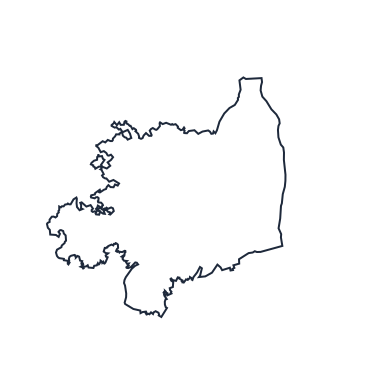 the district of Nawabganj, Rajshahi, Bangladesh, rotated 217°
{"feature_id": "16705992B76725860359822", "entity_name": "Nawabganj", "entity_type": "district", "adm_level": 2, "iso_a3": "BGD", "parent_name": "Bangladesh", "parent_adm1": "Rajshahi", "projection": "robinson", "projection_center": [88.409, 24.691], "detail": "fine", "context": "isolated", "style": "outline", "palette": "slate", "viewbox_px": 384, "rotation_deg": 217, "n_neighbors": 0, "source": "geoboundaries", "source_scale": "gbopen_adm2", "svg_char_len": 6004}
<svg xmlns="http://www.w3.org/2000/svg" viewBox="0 0 384 384"><g transform="rotate(217 192 192)"><path d="M248.0,59.9L247.1,59.8L247.3,62.0L249.6,62.4L248.9,63.4L250.2,64.7L250.8,66.6L250.2,68.3L248.0,71.0L247.1,71.2L246.5,70.4L245.7,71.0L245.2,70.0L244.8,72.1L243.2,72.4L240.1,69.9L238.1,70.7L237.6,69.0L236.2,69.4L235.5,68.8L236.3,67.9L235.0,67.5L235.9,65.4L234.3,65.9L232.9,65.4L232.6,66.0L233.6,67.2L231.8,68.8L231.2,70.7L229.2,69.4L225.0,72.0L225.7,74.2L223.9,76.1L224.3,78.4L223.1,77.8L222.7,78.3L223.0,81.0L223.7,82.2L222.2,82.2L221.0,81.3L220.8,82.9L219.5,82.0L218.8,82.2L218.7,83.6L220.1,89.1L221.8,88.6L222.8,89.4L222.1,92.5L224.1,91.3L226.7,91.3L228.0,94.8L227.0,95.3L226.9,96.5L226.2,96.8L226.4,98.3L224.6,101.6L222.7,102.0L223.1,103.6L222.0,104.4L222.2,105.2L221.4,105.5L219.6,105.4L217.4,102.9L217.6,101.2L217.1,99.1L215.7,99.2L215.4,100.5L213.6,100.0L213.6,100.9L211.6,102.0L210.4,104.5L209.8,104.8L209.0,104.0L209.2,103.1L207.7,100.4L207.8,99.6L208.7,99.8L209.3,98.0L207.7,98.3L207.2,96.8L205.0,96.2L202.5,97.7L202.8,96.4L200.7,95.6L199.4,96.9L199.2,95.1L198.4,95.1L199.1,92.4L198.6,92.1L197.2,92.8L195.6,95.4L194.9,101.6L193.5,102.3L191.5,101.7L193.0,98.9L193.9,94.6L193.6,84.1L192.9,81.0L191.5,78.4L189.2,77.0L183.5,71.4L181.3,68.3L179.2,63.1L177.9,62.3L168.4,63.3L162.0,66.2L160.2,64.3L159.2,66.4L156.8,68.8L156.0,68.4L156.6,67.6L154.6,66.8L153.3,68.7L152.4,68.8L152.3,71.2L149.7,71.1L150.2,72.8L149.3,74.9L146.1,75.4L144.5,74.3L144.3,73.4L141.3,73.7L142.2,84.3L143.6,84.2L145.8,85.7L147.7,88.0L148.5,90.3L147.8,91.3L151.2,92.4L151.2,94.4L152.6,93.3L153.2,94.4L154.1,94.5L154.2,95.6L153.5,96.3L154.0,96.8L153.0,96.7L152.7,96.0L150.7,96.4L149.4,94.8L147.3,98.6L148.4,99.0L148.5,100.0L150.4,100.4L151.9,101.8L150.1,104.6L152.8,108.8L155.3,108.7L156.8,109.6L156.6,110.4L154.6,110.0L151.3,111.4L152.0,115.3L150.5,116.0L150.1,115.2L146.6,115.6L146.4,113.7L146.4,115.3L144.9,115.2L144.9,114.3L144.1,114.7L144.1,118.4L145.0,118.3L142.6,119.2L142.8,119.9L142.4,119.9L141.9,122.0L142.4,122.8L139.8,123.0L139.5,121.9L138.7,122.0L139.6,125.0L139.5,130.7L140.5,136.9L138.2,137.0L135.2,130.1L135.2,128.3L130.6,132.6L127.5,139.6L128.0,149.3L123.8,149.0L120.9,147.7L116.2,154.3L114.0,152.5L112.3,154.3L113.4,155.0L112.5,156.9L114.8,158.4L111.2,163.2L114.0,166.6L110.0,177.3L107.1,180.2L106.2,182.5L104.1,183.1L101.2,185.4L87.4,203.3L93.7,209.3L95.4,212.0L101.0,215.1L105.6,223.9L112.6,234.5L113.4,237.0L118.2,244.9L121.0,252.0L124.1,257.1L127.7,262.0L138.0,273.0L142.3,278.9L145.9,282.5L149.6,283.3L155.9,287.7L160.7,293.3L162.7,296.8L163.3,299.6L166.2,302.5L171.3,304.7L178.3,305.8L187.2,309.3L193.2,310.5L198.3,314.4L200.8,318.4L202.2,321.9L205.0,324.8L217.0,314.7L219.9,314.4L221.3,309.7L214.7,302.9L213.3,298.1L211.8,296.2L211.9,294.6L210.7,293.3L210.2,287.3L212.6,281.7L213.5,274.1L212.4,264.7L209.2,256.2L208.7,253.0L211.2,253.4L210.4,251.3L211.6,250.1L214.0,251.0L216.1,250.9L220.0,246.6L222.0,242.2L227.2,242.8L231.2,238.8L231.4,235.9L233.2,234.7L233.9,234.5L234.9,236.6L236.5,236.6L236.3,238.4L237.2,238.7L237.1,236.0L238.1,234.7L242.0,234.7L242.6,235.8L245.9,236.3L247.6,234.3L248.7,234.3L249.2,233.1L254.3,231.7L256.3,228.6L259.4,228.4L259.3,227.5L257.3,225.3L257.5,221.4L257.8,220.3L258.7,219.8L261.8,219.5L262.6,217.7L262.7,215.6L258.5,213.2L258.3,212.4L260.1,211.0L264.2,211.4L264.6,208.0L263.9,205.3L264.7,203.8L266.9,203.3L267.7,204.5L270.0,206.1L273.7,206.5L273.5,207.4L274.2,208.0L276.9,207.9L277.4,206.4L280.9,207.9L281.6,207.3L283.5,207.7L285.7,207.3L286.8,208.9L287.9,208.7L288.2,207.6L286.9,204.6L289.4,202.7L292.1,203.9L292.2,200.2L296.2,201.1L295.9,199.9L296.5,197.0L296.0,196.4L292.5,196.9L291.4,198.2L287.9,197.9L287.2,199.3L283.4,198.0L280.7,202.9L276.7,201.3L273.0,198.6L274.9,195.1L277.1,195.8L278.8,195.2L281.1,195.4L283.3,197.2L284.5,196.8L285.1,195.0L284.6,194.3L287.3,192.4L286.9,190.2L287.3,187.1L286.4,185.6L286.5,184.6L287.8,183.6L290.6,182.9L291.1,179.4L293.9,178.8L295.6,172.7L296.6,171.8L296.2,171.1L293.4,171.0L288.9,168.9L287.0,171.6L283.9,171.6L281.4,170.5L280.3,171.0L279.2,173.0L276.0,172.3L276.0,168.8L277.2,164.9L273.1,163.7L274.2,159.5L278.8,158.2L281.0,159.0L281.2,165.0L283.1,164.9L285.5,166.5L287.7,164.4L289.5,165.8L288.6,164.0L288.8,162.9L287.2,160.6L289.1,158.0L289.8,154.7L289.4,153.2L286.9,153.9L286.2,153.0L284.6,153.3L283.2,152.4L281.6,156.3L280.1,157.5L278.2,156.2L278.6,155.1L277.8,155.3L273.2,153.1L273.8,151.1L271.9,150.3L269.4,150.6L268.5,151.3L264.3,150.4L262.0,154.3L255.4,154.9L255.2,152.4L258.0,151.7L257.5,148.6L260.0,146.9L262.9,147.2L263.1,144.8L262.5,142.6L263.6,141.0L265.3,136.2L265.9,136.0L266.3,137.8L267.0,138.3L268.7,132.9L268.1,131.6L270.5,128.7L270.0,127.4L269.3,126.9L265.9,128.4L265.5,130.0L264.4,131.0L262.9,130.9L261.6,128.8L261.7,128.1L260.7,127.3L258.1,128.8L255.8,128.3L255.1,127.8L255.4,126.8L254.8,125.8L255.5,124.8L259.0,124.5L258.3,122.4L258.5,120.7L256.6,120.3L254.7,120.8L254.7,121.3L256.6,120.8L257.4,121.3L255.7,124.1L253.2,124.0L251.6,126.6L250.7,127.0L250.8,128.0L248.9,128.1L247.3,131.0L245.3,131.4L243.0,129.7L243.7,124.8L244.6,124.5L244.5,125.9L245.3,126.4L247.5,125.6L249.2,126.2L250.4,125.5L251.1,123.7L248.5,122.1L250.0,121.2L252.8,121.0L253.1,119.6L252.5,118.0L255.1,116.4L256.2,116.9L256.4,118.7L258.1,118.0L259.2,116.4L260.5,116.3L261.3,117.2L261.1,119.1L265.1,120.5L267.6,116.8L273.9,117.3L274.7,116.1L272.7,114.9L270.8,112.2L269.2,112.5L270.8,109.8L274.8,110.8L277.5,113.6L279.9,117.3L281.0,118.0L282.2,114.8L281.5,109.1L282.7,108.2L284.2,108.1L284.3,107.1L285.8,105.6L285.9,103.3L287.3,102.3L287.5,100.8L289.3,100.5L287.2,97.7L287.2,96.4L286.1,95.5L286.5,93.5L285.2,91.5L285.7,89.5L287.7,89.1L289.1,87.9L289.1,84.2L287.7,82.4L288.7,80.5L288.6,79.2L285.6,76.7L282.8,76.2L279.6,72.7L274.8,75.8L271.5,75.9L272.3,79.1L274.6,79.8L274.5,81.8L273.8,82.7L271.4,83.3L269.4,81.7L266.8,81.3L263.3,77.3L263.6,75.8L263.0,74.5L263.8,70.9L263.1,69.3L265.1,64.7L264.2,61.8L261.4,59.7L259.6,59.2L258.2,59.3L254.1,61.5L253.3,60.4L249.8,62.3L248.0,59.9Z" fill="none" stroke="#1e293b" stroke-width="2"/></g></svg>